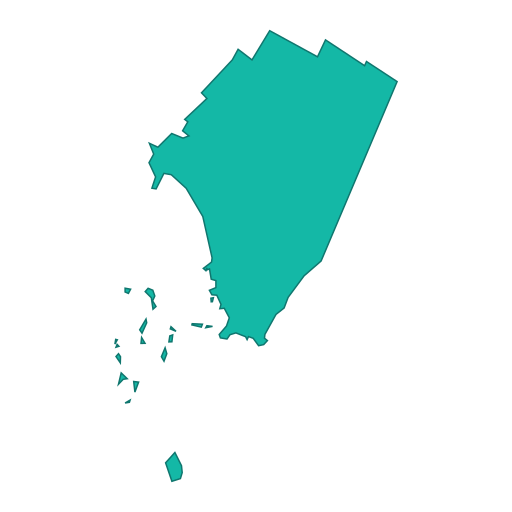 the district of Kien Luong, Kiên Giang, Vietnam
{"feature_id": "81297802B41363610148385", "entity_name": "Kien Luong", "entity_type": "district", "adm_level": 2, "iso_a3": "VNM", "parent_name": "Vietnam", "parent_adm1": "Kiên Giang", "projection": "robinson", "projection_center": [104.552, 10.196], "detail": "medium", "context": "isolated", "style": "filled", "palette": "teal", "viewbox_px": 512, "rotation_deg": 0, "n_neighbors": 0, "source": "geoboundaries", "source_scale": "gbopen_adm2", "svg_char_len": 1937}
<svg xmlns="http://www.w3.org/2000/svg" viewBox="0 0 512 512"><path d="M206.9,98.5L184.7,119.4L187.8,121.8L182.6,130.8L188.9,135.9L183.0,138.1L171.7,133.5L157.9,147.2L149.4,143.3L153.7,154.1L149.0,162.7L155.6,176.9L151.9,188.2L156.1,188.9L163.9,173.4L171.3,174.7L186.2,188.3L202.8,216.5L212.1,257.9L211.5,262.1L203.3,268.4L205.9,270.7L207.0,267.8L206.7,270.0L209.5,268.9L211.2,279.2L215.9,280.6L215.9,287.6L209.4,290.3L211.9,294.8L216.8,295.2L221.0,304.4L219.8,308.7L224.3,308.3L229.3,317.8L226.5,326.0L219.2,334.5L220.4,337.9L227.0,339.0L230.0,334.7L235.9,332.9L245.6,336.7L247.1,339.6L248.5,336.6L253.2,338.3L258.6,345.7L263.7,344.6L267.4,340.6L264.5,338.2L264.9,334.4L276.0,314.4L284.1,308.0L288.1,297.4L304.1,275.8L321.1,261.0L397.1,81.6L366.5,61.5L364.6,65.7L325.5,39.9L317.5,56.8L269.7,30.7L252.0,59.9L238.1,49.3L232.3,59.9L201.5,92.8L206.9,98.5ZM181.5,465.7L174.9,452.5L165.6,462.8L171.9,481.3L180.4,478.6L182.2,472.6L181.5,465.7ZM148.1,288.3L145.2,291.6L151.3,297.7L153.0,309.2L156.0,306.5L152.6,300.9L154.8,296.0L152.8,290.2L148.1,288.3ZM127.2,378.7L121.2,372.9L118.5,384.2L123.2,379.3L127.2,378.7ZM164.0,361.2L166.8,353.7L165.1,347.8L161.4,356.7L164.0,361.2ZM146.7,322.8L146.0,319.1L139.7,329.8L142.0,333.2L146.7,322.8ZM202.4,324.2L192.2,323.7L191.9,324.9L201.3,327.1L202.4,324.2ZM138.6,382.1L133.7,381.5L134.9,392.1L138.6,382.1ZM128.4,293.4L130.6,289.2L125.1,288.2L125.1,292.0L128.4,293.4ZM172.7,334.9L169.8,335.9L168.9,341.9L171.9,341.8L172.7,334.9ZM118.5,353.7L116.0,356.5L120.3,362.8L120.5,356.7L118.5,353.7ZM170.3,328.9L176.0,331.3L171.0,326.7L170.3,328.9ZM141.0,343.4L145.0,343.3L141.6,337.5L141.0,343.4ZM212.5,326.4L206.9,325.7L205.8,327.7L212.5,326.4ZM125.1,403.0L129.4,402.3L130.1,400.1L125.1,403.0ZM213.4,297.7L210.9,298.2L211.2,301.8L212.4,301.7L213.4,297.7ZM117.3,339.8L115.7,339.4L114.9,344.1L117.3,339.8ZM116.0,347.2L118.9,346.3L117.1,344.4L116.0,347.2Z" fill="#14b8a6" stroke="#0f766e" stroke-width="1.5"/></svg>